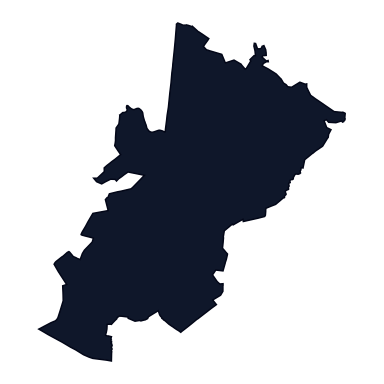 Rembates pag., Keguma, Latvia (Albers equal-area conic projection)
{"feature_id": "27541924B57720709752494", "entity_name": "Rembates pag.", "entity_type": "district", "adm_level": 2, "iso_a3": "LVA", "parent_name": "Latvia", "parent_adm1": "Keguma", "projection": "albers", "projection_center": [24.823, 56.781], "detail": "fine", "context": "isolated", "style": "filled", "palette": "ink", "viewbox_px": 384, "rotation_deg": 0, "n_neighbors": 0, "source": "geoboundaries", "source_scale": "gbopen_adm2", "svg_char_len": 5739}
<svg xmlns="http://www.w3.org/2000/svg" viewBox="0 0 384 384"><path d="M54.1,264.2L58.4,271.7L66.7,284.5L62.7,285.8L63.0,292.4L63.1,295.6L63.2,300.8L60.0,311.3L57.9,317.8L57.4,318.5L57.1,319.2L55.5,320.8L51.0,322.7L38.8,329.1L44.3,332.3L48.0,334.5L62.2,342.2L70.6,347.2L75.6,349.8L83.5,354.7L89.0,357.1L92.8,358.4L106.4,360.1L111.4,361.0L111.6,352.2L111.8,351.9L111.7,351.6L111.6,351.3L111.5,351.1L111.4,350.9L111.4,350.5L111.6,350.1L111.8,349.6L112.1,349.0L111.7,348.2L111.5,347.3L111.3,347.1L111.5,347.0L112.0,345.9L112.1,345.4L111.9,345.2L112.0,345.0L112.0,344.9L111.7,344.8L111.6,344.6L111.6,344.1L111.7,343.9L111.6,343.7L111.0,343.4L111.0,343.2L111.4,342.8L111.0,342.4L111.0,341.7L111.5,341.7L111.6,341.3L111.2,341.1L111.0,340.7L110.9,340.6L110.8,340.3L111.0,340.0L111.0,339.8L111.2,339.6L111.0,339.4L111.0,339.1L111.1,338.2L111.2,337.5L111.3,337.2L111.2,337.2L111.4,336.7L108.5,336.0L108.4,336.3L106.7,335.7L105.6,335.4L105.8,333.7L106.2,332.8L106.9,329.1L107.1,324.3L110.3,324.2L111.4,324.4L112.8,322.8L115.3,320.2L116.7,318.9L117.5,317.0L118.4,316.9L119.2,316.1L121.5,316.2L127.9,317.0L128.2,318.3L135.0,321.2L139.4,320.5L140.9,320.9L143.9,320.1L145.1,319.9L147.6,318.6L148.4,316.8L149.6,316.0L158.2,310.7L158.6,311.6L159.3,313.8L159.6,314.7L160.0,315.4L160.4,316.0L161.9,317.7L161.9,318.4L162.2,318.5L162.6,318.7L163.6,319.9L165.1,320.8L168.9,324.2L176.6,329.5L178.5,330.6L180.8,332.3L181.1,331.9L185.0,328.9L191.2,324.0L196.9,319.3L197.8,318.8L211.1,308.5L216.4,304.6L212.7,300.0L212.7,299.8L213.0,299.8L220.6,295.2L222.9,291.3L222.9,286.0L223.1,285.0L223.0,284.5L223.0,283.7L220.0,284.0L220.0,283.9L219.0,283.3L217.1,281.5L212.5,274.9L214.2,272.4L215.6,270.3L216.0,270.0L216.3,270.1L223.0,270.9L225.2,263.1L225.2,262.8L226.3,259.5L227.3,255.1L227.5,254.0L225.6,251.9L224.6,250.6L223.7,249.6L222.5,248.2L223.1,242.5L223.5,237.8L223.3,236.9L224.3,230.8L232.3,224.1L233.1,224.9L242.9,219.3L243.3,221.5L258.0,218.2L264.6,216.5L265.2,215.7L265.4,215.2L265.7,211.5L265.7,210.0L265.9,208.3L271.2,206.1L275.6,204.4L283.3,197.9L284.1,197.8L284.5,197.5L284.5,196.8L284.6,196.1L284.9,195.5L285.1,195.3L285.5,195.1L285.7,194.9L286.1,194.3L286.0,193.7L285.4,192.3L285.3,191.3L285.8,190.7L287.0,190.0L288.5,189.4L288.6,189.1L288.4,187.7L288.4,187.1L289.0,186.3L289.1,186.1L289.0,185.3L288.7,184.2L288.7,183.4L288.8,183.2L289.0,183.1L290.2,182.6L290.2,182.4L290.1,182.1L289.9,181.2L289.9,180.8L290.0,180.4L290.4,180.1L291.4,179.6L292.0,179.5L292.3,179.6L292.5,179.5L293.0,179.3L293.1,178.9L293.3,178.6L293.3,178.3L293.2,178.1L293.2,177.7L293.9,176.6L294.5,175.2L295.2,174.5L295.3,174.2L295.5,174.1L296.2,174.0L297.8,174.2L298.7,174.1L299.8,173.6L300.0,173.5L300.3,173.0L300.5,172.9L300.2,171.7L300.2,170.9L300.8,170.1L301.2,167.6L303.0,168.0L304.7,159.7L312.9,153.0L313.0,153.1L313.5,152.7L315.5,151.0L322.6,146.2L327.4,138.4L328.2,137.4L328.7,133.8L328.9,133.7L331.0,129.7L326.7,127.6L324.1,120.8L326.3,119.6L328.7,122.3L335.9,122.7L339.7,121.5L341.6,121.0L342.5,122.1L343.7,121.6L344.2,120.5L344.9,120.0L345.1,118.7L344.8,117.6L345.2,113.5L345.2,113.4L345.0,113.2L343.3,112.4L343.3,112.5L334.1,111.6L318.1,100.6L315.4,98.8L310.6,95.3L308.0,90.1L306.7,87.3L306.7,83.9L305.2,84.2L299.9,82.2L291.9,87.1L291.3,87.2L290.5,87.1L288.1,86.8L287.8,86.7L287.6,86.6L286.5,85.1L286.0,84.6L283.7,83.2L283.4,82.9L281.1,79.0L279.8,77.8L276.2,74.0L268.3,69.0L262.2,65.8L263.3,63.5L266.5,61.7L268.3,61.7L268.1,60.5L266.3,61.0L262.0,57.0L262.9,55.7L266.2,55.4L266.1,52.7L265.7,49.7L263.9,45.6L262.1,46.3L261.5,48.0L260.2,48.8L257.5,48.8L255.6,43.5L254.3,43.3L253.9,46.1L255.0,50.8L255.5,55.7L254.1,55.6L250.0,59.6L250.8,61.1L250.7,61.2L246.5,68.2L246.2,68.5L245.2,69.2L241.8,65.3L241.1,64.2L234.0,60.1L225.5,62.9L225.2,62.6L221.8,54.4L221.6,54.3L219.2,53.6L209.7,50.8L207.4,50.0L206.7,50.0L203.4,46.5L204.7,44.5L207.9,40.1L208.8,38.6L205.8,36.6L205.7,36.5L199.3,32.2L198.9,31.9L198.4,31.8L194.6,28.3L192.8,26.7L192.8,26.8L189.9,25.9L188.1,25.3L187.0,25.1L186.7,24.9L185.8,25.1L183.0,25.2L180.9,24.2L178.0,23.1L177.8,23.0L177.5,23.2L176.4,24.2L176.5,24.6L175.3,39.5L174.3,50.1L172.8,64.5L172.7,66.3L172.5,68.0L171.9,72.6L171.0,83.2L169.8,93.3L168.4,107.3L167.1,115.5L166.6,120.3L165.6,128.0L165.2,131.7L164.8,132.0L164.0,131.7L162.6,131.0L160.7,130.4L159.5,130.2L158.6,130.3L156.5,131.0L154.2,131.8L152.7,132.2L151.5,132.2L150.4,131.9L149.2,131.2L148.6,130.6L146.9,128.3L146.0,124.8L145.3,123.2L145.0,122.0L144.6,121.3L143.5,117.5L143.2,116.3L142.7,112.8L142.2,111.7L140.8,109.9L139.0,108.5L138.1,108.3L136.8,108.5L135.1,109.2L134.1,109.6L133.0,109.5L131.2,108.7L129.0,106.9L128.3,106.1L128.0,105.8L127.5,105.6L126.9,105.6L126.6,106.2L126.5,107.5L126.6,108.2L127.0,109.0L127.2,109.7L127.0,110.6L126.5,111.4L125.6,112.1L125.2,112.3L122.6,112.6L121.5,113.7L120.9,114.1L120.3,114.7L119.7,115.0L119.8,115.3L119.6,118.1L119.2,121.7L118.9,123.8L118.7,124.3L116.1,128.0L116.0,130.3L115.5,137.6L115.5,140.7L115.2,143.0L114.7,145.7L118.0,150.7L120.7,154.6L115.0,159.3L112.1,161.4L106.9,165.5L104.2,167.9L104.3,171.6L97.3,178.2L93.7,178.2L96.6,181.7L101.7,183.9L105.6,181.7L110.6,179.2L115.2,179.4L116.5,181.0L118.6,178.8L121.6,176.7L124.0,174.8L128.0,172.0L134.6,173.3L144.4,175.3L140.1,179.8L133.0,187.1L131.1,188.8L120.9,191.2L117.5,191.8L109.4,193.8L108.6,195.7L108.2,197.2L107.1,197.6L105.4,199.6L108.2,210.6L92.9,213.4L88.1,221.6L85.6,226.3L82.9,230.8L83.1,230.8L82.0,232.4L81.1,234.4L81.1,234.6L81.3,234.8L82.5,235.3L83.5,235.5L84.5,235.8L91.6,237.6L93.4,238.2L92.2,242.1L84.4,250.2L82.4,253.5L80.6,258.4L80.5,258.7L79.9,259.4L79.9,259.5L76.7,258.2L76.2,257.8L74.1,256.9L73.2,256.5L72.2,255.2L69.6,252.1L68.9,251.6L67.4,252.5L67.3,252.4L63.5,255.8L62.6,256.5L61.9,256.9L56.2,261.4L55.2,262.4L54.1,264.2Z" fill="#0f172a" stroke="#020617" stroke-width="1.5"/></svg>